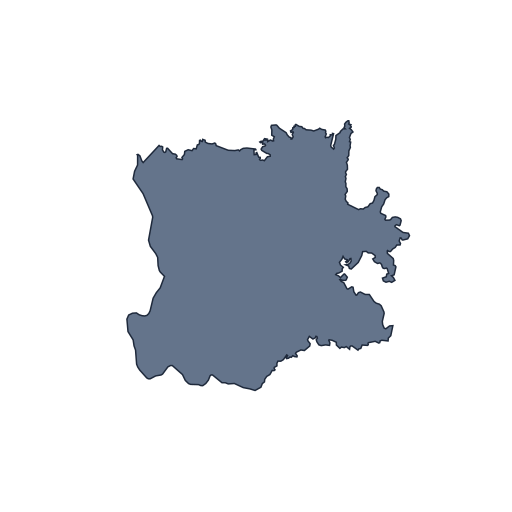 Rajasthan, Robinson projection, rotated 309°
{"feature_id": "IND-3250", "entity_name": "Rajasthan", "entity_type": "State", "adm_level": 1, "iso_a3": "IND", "parent_name": "India", "parent_adm1": "", "projection": "robinson", "projection_center": [75.292, 26.62], "detail": "fine", "context": "isolated", "style": "filled", "palette": "slate", "viewbox_px": 512, "rotation_deg": 309, "n_neighbors": 0, "source": "natural_earth", "source_scale": "10m", "svg_char_len": 6163}
<svg xmlns="http://www.w3.org/2000/svg" viewBox="0 0 512 512"><g transform="rotate(309 256 256)"><path d="M164.9,201.6L170.9,201.6L182.6,197.7L183.3,191.7L183.9,190.0L186.9,186.0L193.0,180.5L194.8,176.5L197.0,167.8L200.7,162.5L221.0,151.4L222.1,150.3L233.4,129.0L238.5,112.0L245.5,108.3L252.2,106.7L259.8,100.6L259.9,99.9L260.7,100.3L260.8,102.7L258.1,107.3L257.6,109.5L280.9,111.1L280.8,112.5L281.9,113.7L282.0,114.9L279.6,116.5L278.7,119.1L279.1,120.0L280.2,120.3L283.4,118.8L284.1,119.5L283.0,126.7L284.4,129.3L284.3,131.1L283.7,132.0L282.1,132.1L281.6,133.2L284.4,137.9L285.3,137.8L286.0,136.4L289.8,136.5L292.5,134.8L295.9,136.4L297.6,140.0L300.3,139.9L301.6,142.1L305.4,140.5L306.6,141.3L307.9,141.2L310.3,139.4L311.0,139.8L310.7,141.3L311.2,142.2L313.1,141.2L313.9,143.6L312.6,145.0L313.2,147.8L315.4,151.3L317.9,152.9L317.8,154.2L316.7,155.6L320.7,167.9L324.6,173.2L327.3,175.5L327.3,177.1L329.0,177.2L331.6,178.3L334.2,181.0L338.8,188.3L338.5,189.0L337.0,187.7L333.6,190.8L335.0,192.2L336.1,191.2L336.9,191.5L334.5,195.9L335.3,197.2L334.6,197.9L333.4,197.8L333.1,198.6L333.3,199.5L334.8,200.8L335.3,202.5L340.3,202.4L342.5,204.3L343.6,203.4L343.3,200.9L342.5,199.9L341.7,194.0L342.3,192.7L345.2,192.4L347.1,193.8L348.1,193.7L348.5,192.2L347.1,190.8L348.4,189.8L346.9,188.2L347.0,187.2L348.3,187.7L349.4,189.1L352.6,188.8L353.7,190.8L352.2,190.6L353.5,192.2L352.3,193.1L355.2,194.2L355.8,196.6L356.6,197.2L357.7,195.9L360.2,195.2L359.8,192.2L363.9,189.0L365.6,186.4L367.3,185.8L370.5,189.1L370.7,190.0L370.0,193.7L370.8,201.8L369.8,204.0L369.3,207.1L370.0,208.6L368.9,209.7L369.6,210.3L372.0,209.9L373.2,207.7L375.6,207.2L375.8,206.6L374.1,205.4L374.9,204.1L377.3,204.9L378.8,203.9L379.9,204.7L380.6,203.9L381.5,204.9L382.3,204.0L383.4,204.2L383.9,208.0L385.3,210.2L384.8,212.4L385.6,213.4L385.6,215.5L388.4,219.5L389.5,222.2L393.9,224.8L395.4,225.1L395.7,227.3L397.5,230.6L396.9,231.7L395.5,232.5L395.1,233.8L392.2,234.7L391.7,235.6L392.9,236.4L393.6,237.7L396.1,238.2L397.0,237.4L398.2,239.2L399.4,238.3L399.9,239.3L388.9,244.5L388.0,245.7L387.9,249.1L389.2,249.0L390.7,246.6L392.1,246.7L397.0,244.5L399.9,242.3L404.8,243.7L405.8,243.2L409.5,243.6L411.0,245.3L411.2,243.6L412.8,243.3L414.3,241.8L416.6,241.7L418.9,242.3L419.5,243.0L418.1,244.6L416.9,245.0L417.8,247.1L416.7,247.2L416.5,248.5L416.0,248.9L414.1,248.4L414.1,250.7L413.4,253.3L410.9,252.7L406.8,254.1L406.0,255.8L403.7,256.7L404.1,257.9L400.9,259.7L399.8,261.0L396.2,262.0L392.4,264.9L389.7,265.0L389.3,266.7L388.7,267.1L385.7,267.3L384.0,269.9L381.0,272.5L377.9,272.6L376.9,273.4L376.3,274.9L373.9,275.5L372.9,277.1L369.8,278.7L369.0,280.2L366.4,282.2L365.6,284.5L363.6,286.3L359.9,286.5L359.1,288.0L356.3,289.6L355.3,291.7L355.1,294.1L353.9,294.7L356.6,306.5L358.5,307.5L360.0,309.8L362.4,310.3L364.6,312.0L368.5,311.8L370.5,313.2L373.4,312.7L376.9,311.1L380.1,311.6L381.1,310.7L382.2,308.2L383.9,307.3L385.6,307.2L386.8,308.6L386.2,310.5L387.0,312.4L386.8,314.4L388.3,317.3L387.7,320.3L385.7,321.8L383.4,320.9L380.9,320.9L376.7,322.5L373.4,322.7L368.5,324.8L367.7,326.0L369.0,331.3L368.1,332.4L365.7,333.0L365.3,334.1L367.8,337.0L368.9,337.7L371.8,337.7L374.0,339.6L375.2,341.8L375.8,344.9L374.8,346.6L370.6,348.5L369.7,348.3L368.8,345.5L367.1,345.0L366.2,345.5L366.8,355.4L369.6,360.1L368.4,362.5L364.8,363.1L361.1,360.3L360.5,359.6L361.3,357.2L360.8,356.6L357.8,357.8L356.7,360.4L355.2,361.0L353.1,358.5L350.3,358.8L347.5,357.8L344.1,357.7L343.2,356.6L343.1,354.8L342.5,354.8L340.7,356.5L340.4,364.2L339.2,365.8L335.5,368.5L336.1,370.2L335.6,371.6L328.3,375.2L325.9,373.7L325.8,376.2L324.5,379.3L320.9,378.0L320.2,375.5L317.4,373.5L316.8,370.6L318.4,368.2L321.9,370.3L324.2,369.0L325.9,370.1L328.8,365.8L328.7,364.9L327.2,363.9L326.5,362.6L327.0,360.9L328.3,359.1L328.7,357.3L328.4,356.4L326.7,355.2L326.1,351.6L327.2,348.6L329.9,349.6L331.3,348.3L331.1,344.0L329.0,341.2L329.0,338.8L326.5,336.1L322.9,337.9L315.3,339.5L305.8,338.2L305.1,336.4L306.5,334.3L305.6,331.2L307.8,333.0L309.7,333.5L311.9,333.2L313.8,331.3L313.1,330.7L309.7,331.4L307.8,330.4L308.0,329.3L310.0,329.8L310.6,329.4L309.5,326.7L310.5,323.9L307.4,324.8L303.6,324.8L302.1,327.5L302.1,331.0L300.4,331.0L298.4,332.5L294.8,331.0L293.4,329.7L291.7,329.7L292.5,332.7L292.3,335.2L297.3,335.7L297.8,336.2L297.0,340.3L294.1,341.1L293.3,340.8L291.5,338.4L291.0,336.4L290.4,336.0L289.9,338.3L290.5,341.0L287.8,347.3L288.1,348.3L292.3,349.8L292.8,351.1L289.8,354.5L288.5,358.4L289.0,358.9L292.0,358.7L293.7,359.8L294.8,365.0L297.4,368.3L294.9,376.4L295.0,379.2L296.2,382.2L296.1,384.6L293.0,390.7L291.9,391.8L284.7,395.3L282.4,397.6L280.6,401.0L281.1,402.7L285.7,403.8L288.0,406.2L278.9,410.9L275.5,410.5L273.1,412.1L269.7,406.8L268.2,405.9L266.5,406.7L265.6,406.2L264.7,402.3L259.5,398.0L258.7,397.9L257.7,399.1L256.7,398.9L253.6,394.5L250.1,395.6L248.5,394.4L247.0,394.5L246.6,387.4L245.8,386.3L244.8,386.0L242.4,387.4L242.4,383.1L240.4,382.3L239.0,379.7L237.0,379.3L237.4,374.5L239.5,372.7L238.4,368.2L236.9,365.5L236.3,365.6L235.0,368.1L232.8,369.4L230.7,366.0L227.4,363.1L226.5,360.8L227.6,357.4L228.8,355.5L230.8,355.4L231.7,354.0L231.3,353.1L229.8,353.6L227.3,352.5L227.1,348.0L223.4,348.7L222.7,349.9L221.9,353.3L219.8,354.4L213.0,353.1L211.2,350.0L206.6,347.9L205.2,348.0L204.3,350.9L203.3,351.3L202.0,349.1L201.7,347.3L199.5,347.2L198.9,346.0L197.0,345.6L195.5,344.3L195.8,343.7L198.5,343.2L198.5,342.1L192.7,342.5L189.9,341.5L188.1,339.2L185.7,339.8L183.8,341.4L180.9,340.3L180.0,340.9L179.5,342.4L178.2,342.1L177.3,340.6L172.6,341.4L169.2,340.1L165.6,340.4L163.5,341.8L160.8,341.2L157.1,342.4L150.9,339.9L148.9,334.9L145.7,328.9L143.3,319.4L139.1,314.9L138.2,311.9L136.1,309.3L136.2,297.2L135.4,296.0L134.0,295.7L129.6,297.1L125.3,297.2L121.7,296.2L120.6,294.7L119.9,292.3L115.1,286.0L114.4,283.9L114.8,279.4L117.6,273.5L118.2,259.9L117.1,258.5L114.4,257.3L105.4,257.7L103.8,257.1L99.7,253.5L93.9,251.0L92.8,249.6L92.5,247.8L94.2,237.3L95.3,234.0L96.8,231.3L107.1,221.6L109.4,217.8L113.5,213.3L116.7,204.1L125.7,195.4L130.0,194.2L133.8,196.0L136.5,198.9L136.8,202.2L137.9,205.0L139.3,207.2L141.2,208.6L143.8,208.9L146.8,208.2L158.5,202.6L164.9,201.6Z" fill="#64748b" stroke="#1e293b" stroke-width="1.5"/></g></svg>